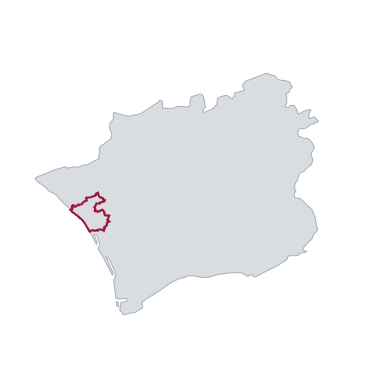 Gbokle, Bas-Sassandra, Ivory Coast (highlighted), rotated 70°
{"feature_id": "98640826B37905317988050", "entity_name": "Gbokle", "entity_type": "district", "adm_level": 2, "iso_a3": "CIV", "parent_name": "Ivory Coast", "parent_adm1": "Bas-Sassandra", "projection": "equal_earth", "projection_center": [-6.009, 5.243], "detail": "fine", "context": "in_parent", "style": "outline", "palette": "rose", "viewbox_px": 384, "rotation_deg": 70, "n_neighbors": 0, "source": "geoboundaries", "source_scale": "gbopen_adm2", "svg_char_len": 8693}
<svg xmlns="http://www.w3.org/2000/svg" viewBox="0 0 384 384"><g transform="rotate(70 192 192)"><path d="M111.2,74.2L112.2,74.2L114.7,73.2L117.1,70.9L119.2,66.2L122.2,62.4L125.4,62.7L126.4,62.0L127.6,61.8L128.9,64.3L130.3,66.2L131.3,66.3L132.0,69.9L138.0,71.4L140.6,72.4L142.8,75.0L143.5,75.1L144.4,74.5L145.1,73.6L145.3,72.6L144.4,70.2L144.8,68.1L145.7,66.2L147.3,66.1L149.6,65.5L152.3,65.5L154.3,65.9L155.1,64.0L154.3,58.6L154.5,55.7L154.8,53.2L155.6,52.2L158.5,55.3L161.3,56.4L163.2,56.5L163.7,55.9L162.9,52.5L163.1,51.5L163.9,50.9L165.1,50.5L168.6,49.1L169.0,49.4L169.6,54.8L169.3,56.6L170.0,60.2L170.9,63.6L170.9,65.0L170.1,67.1L169.3,69.0L169.4,69.8L170.7,71.1L173.4,72.5L176.1,72.8L177.6,70.8L179.2,69.2L180.3,67.8L180.7,65.6L182.4,64.1L187.4,62.1L192.0,61.8L193.1,62.5L195.1,65.4L197.8,67.5L201.7,67.2L204.6,68.4L207.1,70.7L208.8,75.8L210.7,79.4L211.5,84.6L214.4,87.3L216.6,88.6L219.7,92.4L222.9,94.3L226.2,93.8L227.7,95.8L230.2,97.2L232.7,97.3L234.8,93.0L237.7,91.2L244.9,87.8L247.7,86.2L250.6,85.2L257.6,84.9L264.0,85.9L267.2,86.8L269.4,86.2L271.5,88.2L273.7,92.6L275.5,94.0L277.3,95.5L278.6,98.9L280.2,102.3L281.1,103.8L283.0,107.2L284.7,107.2L286.3,105.8L287.0,104.7L287.4,106.9L286.7,110.5L286.9,112.7L287.8,113.6L287.3,116.4L285.4,121.3L285.4,124.2L287.3,125.1L288.7,128.2L289.5,133.4L290.3,135.1L290.4,136.2L291.8,148.9L293.5,161.6L292.5,163.3L291.0,163.8L290.0,164.4L289.7,165.6L290.4,167.3L290.0,168.9L288.1,170.0L284.1,174.0L283.8,175.7L282.8,179.1L281.9,181.2L280.6,185.1L278.5,195.5L277.8,204.0L277.7,206.7L276.9,208.5L276.0,211.2L271.6,218.5L269.4,224.5L269.7,227.1L269.8,229.7L269.1,231.6L269.3,236.7L269.8,240.9L270.6,245.1L273.8,256.9L275.4,264.1L276.5,269.8L277.4,273.7L278.2,275.3L278.6,276.8L283.3,277.8L284.2,278.7L285.5,286.2L285.3,289.6L284.4,290.9L284.4,293.8L284.2,297.4L283.5,298.8L280.9,299.0L279.1,300.3L276.7,299.8L276.5,298.9L275.2,298.6L271.7,296.6L272.3,290.0L270.7,289.7L269.4,290.6L267.0,298.5L265.8,299.8L248.3,295.8L244.5,292.5L240.0,291.8L232.1,292.1L225.6,293.1L223.7,295.1L240.2,293.9L241.9,294.1L242.8,295.3L221.9,297.9L214.0,299.5L211.6,299.0L209.8,296.5L201.2,296.2L199.4,297.0L198.4,298.9L201.8,298.5L207.1,298.4L208.6,299.8L191.8,301.7L180.1,305.2L175.2,307.8L159.0,316.4L149.0,320.5L146.5,321.9L141.9,326.2L136.1,328.8L129.6,333.7L125.7,334.9L124.8,333.3L124.7,324.9L124.1,313.7L124.4,309.4L124.9,305.4L124.9,302.1L126.9,300.8L127.4,299.4L127.7,295.1L129.6,291.1L129.6,284.2L130.1,282.8L130.6,280.9L129.8,276.4L128.8,267.9L128.3,267.3L127.8,267.7L126.8,267.8L122.7,264.9L119.6,264.4L117.3,261.9L117.2,259.0L116.1,257.3L115.4,254.0L114.3,250.2L111.2,247.9L108.3,247.3L106.2,247.8L103.8,247.7L101.0,246.4L99.1,245.0L97.3,242.2L95.6,240.0L94.2,240.2L92.6,239.7L91.0,238.7L90.5,237.9L97.2,229.1L99.5,224.7L99.8,222.1L99.8,219.4L100.6,216.7L100.7,212.5L97.0,197.4L96.1,192.7L95.1,191.3L94.5,190.8L96.4,188.8L99.0,189.4L102.9,190.9L103.8,189.4L106.8,181.7L106.8,178.9L106.5,176.9L108.2,171.7L109.6,169.7L110.4,167.5L110.2,164.5L109.1,163.4L107.7,163.6L106.0,162.9L103.5,161.2L102.2,159.6L102.6,152.7L102.9,150.6L103.8,149.3L105.2,149.0L109.1,148.8L112.3,149.6L115.1,150.1L116.6,150.0L117.8,152.1L119.4,154.2L120.8,154.2L121.3,152.6L121.0,145.8L120.1,142.2L117.9,138.7L112.4,135.8L112.3,131.6L112.8,127.1L114.0,125.4L118.2,122.6L117.4,121.1L116.1,119.4L113.5,117.8L114.1,112.4L114.3,107.6L112.1,108.1L109.8,108.4L107.9,106.9L106.3,104.0L106.0,96.0L106.0,86.8L105.7,82.7L106.3,80.5L108.3,78.5L110.4,75.9L111.2,74.2ZM274.5,299.9L273.6,301.7L269.2,300.6L270.2,299.1L274.5,299.9Z" fill="#d9dde1" stroke="#a8b0b8" stroke-width="1"/><path d="M178.0,282.2L178.0,282.3L178.0,282.5L178.1,282.9L178.0,283.3L177.8,283.4L177.8,283.5L178.0,283.7L178.1,284.0L178.3,284.3L178.3,284.7L178.6,285.0L178.6,285.3L178.5,285.5L178.5,286.1L178.4,286.0L178.2,286.0L178.1,286.5L177.9,286.9L177.7,287.0L177.6,287.3L177.6,287.5L177.5,288.2L177.5,288.4L177.6,288.6L177.5,288.8L177.4,288.9L177.2,289.1L177.2,289.3L177.0,289.7L176.7,289.8L176.3,289.8L176.2,289.8L175.9,289.3L175.7,288.9L175.3,288.6L174.6,289.0L174.2,288.7L173.2,288.6L173.1,289.0L172.9,289.1L172.7,288.9L172.6,288.7L172.4,288.0L172.1,287.4L172.0,287.2L171.7,287.1L171.4,286.8L171.2,286.7L170.9,286.7L170.5,286.2L170.1,285.9L170.2,285.5L170.3,285.5L170.3,285.3L170.4,284.8L170.5,284.6L170.7,284.2L170.9,283.9L170.9,283.7L171.1,283.5L171.1,283.2L171.3,282.8L171.1,282.5L171.1,282.3L170.9,282.2L171.0,282.0L170.6,281.8L170.7,281.7L170.6,281.4L170.7,281.2L170.6,280.9L170.6,280.6L170.5,280.2L170.5,279.7L170.7,279.4L170.7,279.1L170.8,279.0L170.7,278.7L170.5,278.3L170.6,278.1L170.8,278.1L170.9,277.6L170.8,277.4L170.6,277.5L170.4,277.5L170.3,277.2L170.2,277.1L170.2,277.3L170.1,277.5L169.8,277.7L169.6,277.8L169.3,277.7L169.3,277.8L169.2,277.8L169.2,278.0L168.8,278.1L168.6,278.1L168.2,278.0L168.1,277.9L167.9,278.1L167.6,278.0L167.4,278.0L167.2,278.0L167.1,278.3L166.9,278.3L166.7,278.6L166.7,278.8L166.4,279.1L166.0,279.3L165.8,279.9L165.7,280.2L165.3,280.4L165.1,280.4L164.9,280.4L164.7,280.6L164.5,280.8L160.7,280.6L160.8,280.8L160.7,281.0L160.9,281.3L160.7,281.7L160.5,282.1L160.5,282.3L160.7,282.6L160.8,282.7L160.9,282.9L161.1,283.0L161.3,282.8L161.5,282.8L161.7,282.7L161.8,282.8L162.1,283.2L162.1,283.3L162.0,283.7L161.8,284.0L161.9,284.3L162.2,284.7L162.5,284.8L162.5,285.0L162.3,285.1L162.2,285.6L162.3,286.3L162.3,286.5L162.3,286.8L162.2,287.0L162.1,287.3L162.2,287.5L162.4,287.5L162.3,289.5L161.1,293.2L161.5,293.8L162.4,293.6L164.0,293.6L163.9,294.8L164.1,295.1L164.0,295.3L164.1,295.5L164.0,295.8L164.2,296.3L164.1,296.6L164.0,296.8L164.1,297.1L164.3,297.2L164.4,297.3L164.5,297.6L164.6,297.9L164.7,298.4L164.9,298.5L165.3,299.0L165.6,299.1L165.8,300.0L165.7,300.5L165.6,301.0L165.5,301.8L165.6,302.1L165.8,302.4L165.6,302.6L165.4,302.6L165.1,302.9L164.9,303.0L165.0,303.4L164.9,303.4L164.9,303.6L165.0,303.6L165.0,304.0L165.5,304.5L165.7,304.8L165.7,305.2L165.8,305.4L165.8,305.5L165.8,305.8L165.7,305.9L165.9,306.2L165.9,306.4L166.0,306.5L165.7,307.0L165.4,307.3L165.4,307.5L165.2,307.6L164.7,307.9L164.5,308.1L164.4,308.0L164.3,308.3L164.0,308.2L163.9,308.2L163.9,308.3L163.7,308.2L163.6,308.4L163.6,308.6L163.8,309.0L164.0,309.1L164.4,309.7L164.4,310.0L164.5,310.1L164.8,310.1L165.0,310.1L165.4,309.7L165.6,309.6L165.8,309.9L165.9,309.7L166.0,309.7L166.3,309.8L166.4,310.0L166.6,310.2L166.7,310.3L166.8,310.9L166.9,311.2L167.0,311.2L167.3,311.0L167.3,311.3L167.2,311.7L167.3,312.0L167.2,312.2L167.2,312.5L168.0,312.1L169.2,311.7L169.3,311.5L169.8,311.2L170.0,311.0L170.3,311.1L170.7,310.8L171.1,310.5L171.2,310.3L171.4,310.2L171.5,310.2L171.8,309.9L172.8,309.4L173.2,309.3L173.9,308.8L174.2,308.5L174.4,308.4L174.9,307.6L175.3,307.6L175.7,307.4L176.2,307.4L176.7,307.1L176.8,306.9L177.0,307.0L177.1,306.8L177.4,306.6L178.0,306.4L177.9,306.2L178.3,305.9L178.8,305.7L179.0,305.5L179.4,305.4L179.7,305.3L179.9,305.1L180.4,304.8L181.3,304.6L181.8,304.3L183.7,303.7L185.8,303.3L185.9,303.2L187.4,303.0L188.6,302.8L189.1,302.8L190.1,302.5L190.4,302.3L190.6,302.4L190.8,302.3L191.1,302.2L192.2,302.2L192.5,302.2L192.8,302.1L193.7,302.0L194.2,301.7L194.4,301.6L194.2,301.1L194.0,300.9L193.9,300.8L193.7,300.5L193.7,300.4L193.7,300.2L193.8,300.1L193.7,299.9L193.9,299.7L193.9,299.3L193.9,299.2L194.0,297.9L194.1,297.6L194.4,297.5L194.8,297.5L195.2,296.8L195.2,296.6L195.3,296.5L195.2,296.2L195.3,296.0L195.3,295.7L195.4,295.0L195.2,294.3L195.2,294.2L195.3,294.0L195.3,293.9L195.7,293.9L196.0,294.0L196.2,293.7L196.0,293.3L195.6,293.1L195.4,292.9L195.5,292.4L195.4,292.2L196.0,291.0L196.4,289.7L196.5,289.7L196.8,289.6L197.2,289.2L197.3,289.1L197.4,288.9L197.5,288.8L197.6,288.7L197.8,288.4L197.9,288.2L198.1,288.1L198.4,288.0L198.3,287.9L198.2,287.9L197.9,287.8L197.7,287.8L197.5,287.7L197.1,287.7L196.9,287.7L196.6,287.2L196.6,286.7L196.5,286.3L196.3,286.1L196.2,286.1L196.0,285.9L195.9,285.9L195.2,286.3L195.0,286.1L194.9,286.3L194.7,286.0L194.8,285.6L194.6,285.2L194.5,284.6L194.3,284.2L194.3,283.6L194.0,283.7L193.9,283.7L193.6,283.6L193.2,283.0L192.8,282.9L192.5,282.5L192.4,282.5L192.2,282.5L191.9,282.5L191.9,282.2L191.7,281.2L191.7,280.7L191.5,280.2L191.5,279.8L191.1,280.1L190.8,280.1L190.6,280.2L190.4,280.6L190.2,280.7L190.2,280.9L190.1,281.0L189.8,281.3L189.4,281.3L189.4,281.2L189.5,280.7L189.2,280.5L188.7,280.3L185.8,277.7L185.6,277.9L185.5,278.2L185.5,278.3L185.6,278.5L185.6,278.8L185.6,279.0L185.4,279.0L185.1,279.4L185.0,279.6L184.9,279.8L184.9,280.3L184.8,280.6L184.8,280.8L184.6,280.9L184.5,281.3L184.2,281.6L183.9,281.5L183.3,281.7L183.2,281.9L182.9,281.7L182.3,281.5L181.9,281.3L181.6,281.4L181.5,281.6L181.3,281.5L180.9,281.5L180.5,281.5L180.2,281.3L179.9,281.5L179.6,281.8L179.4,281.9L179.2,281.9L178.8,281.8L178.0,282.2Z" fill="none" stroke="#9f1239" stroke-width="2"/></g></svg>